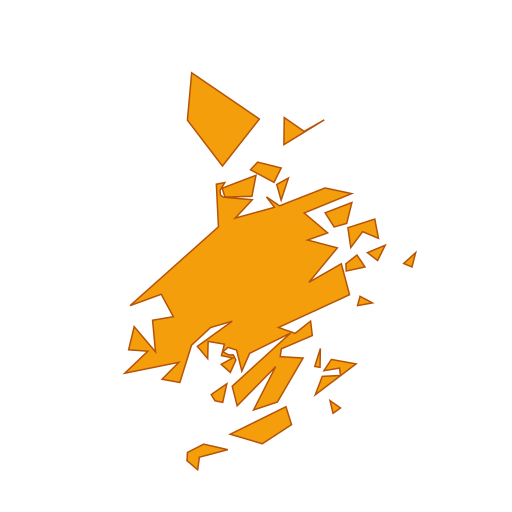 Cat Hai, Quảng Ninh, Vietnam (Equal Earth projection), rotated 76°
{"feature_id": "81297802B5756602808944", "entity_name": "Cat Hai", "entity_type": "district", "adm_level": 2, "iso_a3": "VNM", "parent_name": "Vietnam", "parent_adm1": "Quảng Ninh", "projection": "equal_earth", "projection_center": [107.044, 20.763], "detail": "medium", "context": "isolated", "style": "filled", "palette": "amber", "viewbox_px": 512, "rotation_deg": 76, "n_neighbors": 0, "source": "geoboundaries", "source_scale": "gbopen_adm2", "svg_char_len": 1985}
<svg xmlns="http://www.w3.org/2000/svg" viewBox="0 0 512 512"><g transform="rotate(76 256 256)"><path d="M218.6,148.1L206.7,172.5L213.0,221.0L201.2,231.6L213.2,226.3L214.2,267.0L200.5,246.0L191.1,273.4L188.4,275.7L183.7,275.1L177.2,268.5L176.7,277.1L218.6,285.4L273.7,390.2L270.2,357.2L294.9,350.9L293.3,371.9L324.7,376.7L295.1,391.3L316.2,402.3L322.2,384.0L338.0,411.7L340.5,356.6L352.9,377.0L360.3,360.5L326.9,340.1L314.4,317.3L313.5,294.8L329.5,334.8L343.9,327.7L327.3,323.1L333.9,308.0L344.3,313.6L349.3,303.2L352.7,316.0L362.8,309.1L352.1,300.7L346.5,301.9L345.3,306.4L340.9,311.4L337.9,305.2L342.6,297.6L364.3,297.6L348.9,285.7L339.1,241.1L376.6,310.6L396.8,310.5L368.1,263.7L404.8,295.6L402.9,270.6L366.4,235.0L359.5,256.9L352.2,253.8L346.8,220.6L332.4,218.8L340.5,236.8L330.8,251.5L316.2,174.6L284.2,175.1L294.3,211.0L267.8,175.1L253.0,202.1L250.9,180.9L225.9,198.9L218.6,148.1ZM62.7,274.1L107.6,289.7L160.6,266.8L123.9,219.6L62.7,274.1ZM428.2,262.3L409.5,263.4L422.7,324.2L439.7,295.3L428.2,262.3ZM154.7,202.0L140.4,156.8L146.7,179.2L128.5,195.1L154.7,202.0ZM197.1,245.5L177.7,236.5L182.0,272.4L191.3,271.9L197.1,245.5ZM437.5,359.6L437.1,330.2L425.9,352.3L430.0,370.0L437.9,372.5L449.3,364.3L437.5,359.6ZM405.0,232.1L384.9,185.0L374.6,207.9L383.7,217.8L385.0,202.1L392.4,202.9L388.8,220.8L405.0,232.1ZM188.9,220.7L176.7,210.3L165.3,231.7L171.0,240.5L188.9,220.7ZM268.5,132.9L248.9,131.8L250.8,160.0L270.7,162.0L258.2,146.7L268.5,132.9ZM227.3,150.0L230.8,178.5L246.7,173.2L246.3,160.1L227.3,150.0ZM207.9,218.1L188.2,205.7L191.6,218.6L207.9,218.1ZM372.9,315.2L379.6,333.0L386.6,330.8L390.0,323.7L372.9,315.2ZM289.8,139.1L276.8,128.0L279.7,147.1L289.8,139.1ZM304.4,107.3L291.4,100.3L299.0,114.5L304.4,107.3ZM379.5,220.8L361.3,215.9L377.4,225.7L379.5,220.8ZM293.0,152.9L279.5,157.8L285.3,170.7L292.4,172.1L293.0,152.9ZM329.7,154.4L320.3,164.8L328.7,169.5L329.7,154.4ZM423.9,210.8L414.2,219.2L427.3,219.3L423.9,210.8Z" fill="#f59e0b" stroke="#b45309" stroke-width="1.5"/></g></svg>